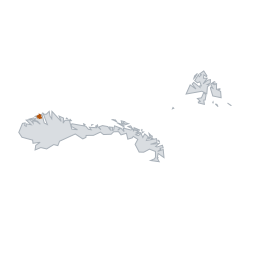 Lindås nor, Hordaland, Norway shown in context, rotated 71°
{"feature_id": "86288312B23917972553599", "entity_name": "Lindås nor", "entity_type": "district", "adm_level": 2, "iso_a3": "NOR", "parent_name": "Norway", "parent_adm1": "Hordaland", "projection": "albers", "projection_center": [5.308, 60.697], "detail": "fine", "context": "in_parent", "style": "filled", "palette": "amber", "viewbox_px": 256, "rotation_deg": 71, "n_neighbors": 0, "source": "geoboundaries", "source_scale": "gbopen_adm2", "svg_char_len": 5651}
<svg xmlns="http://www.w3.org/2000/svg" viewBox="0 0 256 256"><g transform="rotate(71 128 128)"><path d="M141.9,122.4L137.6,125.8L138.7,127.1L138.5,131.8L132.5,131.2L132.2,136.8L128.4,138.1L126.9,142.8L128.4,146.0L126.2,153.3L122.9,155.4L123.7,163.0L121.4,170.0L123.2,170.9L123.6,174.3L116.5,179.8L118.2,197.0L121.8,200.1L119.5,203.6L121.3,211.7L118.1,216.8L118.5,223.0L114.4,220.9L112.9,215.7L111.5,222.8L108.4,222.1L102.2,231.3L96.6,232.7L89.3,226.3L89.7,223.6L92.0,224.9L93.3,223.7L91.0,222.8L93.4,218.5L87.4,221.7L88.2,217.8L92.5,216.1L90.2,215.8L92.1,212.3L95.9,209.7L92.1,211.3L87.5,217.8L87.8,213.7L90.0,213.4L87.5,210.4L89.8,208.1L87.4,208.6L86.9,204.9L96.0,205.6L98.5,203.1L87.4,203.5L88.4,200.8L86.6,197.1L91.4,197.9L94.5,197.1L87.5,194.5L100.1,189.0L94.3,189.3L97.7,185.7L102.3,187.8L100.2,185.0L101.7,180.9L110.8,181.5L113.2,176.3L107.9,181.3L105.7,179.7L112.5,167.4L116.4,165.8L117.7,163.4L114.7,164.3L117.5,157.7L116.4,156.5L120.8,154.2L117.5,155.2L117.4,151.4L120.1,146.6L124.7,145.2L121.1,145.1L122.5,142.1L125.1,143.8L125.2,142.2L121.6,140.0L125.2,135.6L126.8,138.5L125.8,134.7L130.2,132.9L126.5,132.6L130.8,126.0L130.7,123.1L132.9,124.1L131.8,122.7L134.7,119.1L135.3,122.5L136.4,117.4L136.9,122.9L138.6,120.9L137.4,117.5L141.8,117.1L139.0,114.1L142.8,111.8L145.8,114.7L147.4,104.5L151.0,105.2L150.7,112.0L152.8,103.7L154.5,107.9L155.4,106.6L155.5,101.1L158.2,101.2L157.6,104.3L158.8,104.0L159.8,107.6L159.8,101.7L167.7,103.6L161.9,107.8L166.0,110.2L170.0,109.5L166.1,117.2L165.8,112.9L164.5,111.5L159.1,109.7L155.0,114.6L156.0,121.0L154.4,125.3L145.8,126.6L141.9,122.4ZM109.1,34.3L112.4,35.6L112.7,38.9L113.8,36.9L114.9,39.5L121.2,42.3L117.3,46.2L114.8,62.0L107.5,55.2L113.3,51.0L107.4,53.0L106.3,51.0L113.1,46.7L111.5,46.3L112.0,44.9L107.6,45.1L107.9,47.6L104.9,49.5L100.6,44.1L102.7,43.9L101.6,41.3L100.2,42.7L98.7,37.8L104.4,36.4L105.0,37.1L102.5,39.0L105.5,40.4L106.7,36.9L110.7,42.6L108.7,37.0L109.1,34.3ZM114.9,29.8L120.3,31.8L120.8,28.3L121.4,28.5L121.6,30.4L123.5,28.5L129.7,30.1L125.3,37.4L117.3,37.1L116.3,36.5L118.1,34.8L114.2,35.6L113.0,34.5L114.0,33.4L112.1,33.0L114.8,32.6L114.1,31.1L115.3,31.6L114.9,29.8ZM121.9,43.3L126.6,45.9L126.3,47.3L130.5,48.1L127.2,53.2L126.3,53.1L126.3,51.0L122.7,52.8L123.4,48.7L119.3,45.0L121.9,43.3ZM123.9,132.7L126.3,130.9L119.3,136.8L122.7,132.4L122.3,128.5L124.1,126.1L123.9,132.7ZM126.8,124.8L130.3,123.9L126.6,127.5L126.8,124.8ZM129.8,122.0L134.0,117.3L132.2,121.8L129.8,122.0ZM99.0,44.6L102.0,48.2L102.7,49.7L100.5,48.1L99.0,44.6ZM120.9,129.1L122.0,132.5L119.0,132.1L120.9,129.1ZM144.0,107.3L142.8,110.2L140.0,109.9L142.8,108.6L144.0,107.3ZM144.8,109.0L144.8,112.0L143.5,111.5L144.8,109.0ZM116.0,137.5L118.7,136.4L115.9,139.1L116.0,137.5ZM140.1,23.5L136.8,25.8L140.1,23.3L140.1,23.5ZM134.6,36.3L137.1,35.9L133.7,37.6L134.6,36.3ZM149.0,103.8L150.7,102.6L151.4,102.9L149.0,103.8ZM145.8,107.9L145.9,109.5L145.0,108.4L145.8,107.9ZM136.8,114.7L137.2,116.2L136.3,115.8L136.8,114.7ZM124.2,78.3L124.3,79.7L123.3,78.8L124.2,78.3ZM132.4,39.4L131.3,39.5L131.0,39.1L132.4,39.4ZM110.7,167.5L111.4,168.7L109.6,168.6L110.7,167.5ZM133.5,115.1L134.6,115.5L135.3,116.2L133.5,115.1ZM112.4,31.2L113.0,32.0L112.3,31.8L112.4,31.2ZM102.5,179.9L100.5,180.1L102.6,179.2L102.5,179.9ZM99.7,182.2L99.0,183.3L98.6,182.7L99.7,182.2ZM115.5,139.5L114.7,140.8L115.5,138.6L115.5,139.5ZM87.1,210.9L86.8,212.7L86.7,210.4L87.1,210.9ZM115.6,156.9L115.1,155.9L115.7,155.9L115.6,156.9ZM165.9,108.7L166.1,109.9L166.0,109.7L165.9,108.7ZM116.3,157.8L115.2,158.2L116.5,157.5L116.3,157.8ZM113.3,160.5L113.5,161.5L113.0,161.2L113.3,160.5ZM86.5,203.4L86.0,204.5L86.1,203.6L86.5,203.4Z" fill="#d9dde1" stroke="#a8b0b8" stroke-width="1"/><path d="M87.5,208.5L87.8,208.7L87.7,208.8L87.8,208.8L87.9,209.1L87.9,209.3L88.0,209.3L88.1,209.5L88.3,209.4L88.6,209.3L88.6,209.2L88.6,208.9L88.7,209.0L88.8,209.0L88.8,208.9L88.8,209.0L88.9,208.9L89.0,208.8L89.0,208.7L89.3,208.7L89.5,208.6L89.5,208.4L89.4,208.3L89.4,208.2L89.5,208.0L89.7,207.9L89.8,207.8L89.8,207.7L89.9,207.8L89.9,207.7L89.9,207.4L89.9,207.2L90.1,207.0L90.1,206.9L90.1,206.7L89.9,206.7L89.8,206.8L89.6,206.9L89.6,207.0L89.4,207.2L89.2,207.1L89.0,207.3L89.1,207.5L89.1,207.8L88.9,207.9L88.8,208.0L89.0,208.2L89.0,208.3L88.9,208.3L88.7,208.1L88.8,208.4L88.7,208.4L88.8,208.4L88.9,208.5L89.0,208.6L88.9,208.6L89.0,208.6L88.9,208.6L88.7,208.5L88.8,208.5L88.6,208.3L88.5,208.2L88.5,208.3L88.7,208.6L88.5,208.4L88.4,208.1L88.4,207.9L88.3,207.7L88.2,207.7L88.1,207.8L88.1,207.7L87.9,207.6L88.0,207.6L87.9,207.6L88.0,207.6L87.9,207.6L87.7,207.5L87.6,207.4L87.4,207.3L87.4,207.2L87.3,207.3L87.2,207.3L87.2,207.1L87.0,206.9L86.9,206.9L87.0,206.9L86.9,207.0L87.0,207.0L86.9,207.1L87.1,207.1L87.0,207.3L87.1,207.5L87.3,207.8L87.3,207.7L87.4,207.8L87.4,207.7L87.5,207.7L87.4,207.7L87.5,207.7L87.7,207.8L87.8,207.8L87.7,207.8L87.6,207.7L87.6,207.8L87.7,208.0L87.8,208.1L87.7,208.0L87.7,207.9L87.4,207.8L87.6,208.0L87.5,207.9L87.4,207.9L87.5,207.9L87.4,207.8L87.5,208.0L87.8,208.3L88.0,208.4L87.9,208.4L87.9,208.5L88.0,208.6L88.1,208.8L87.8,208.6L87.8,208.4L87.6,208.3L87.4,208.2L87.5,208.2L87.4,208.2L87.5,208.3L87.4,208.3L87.4,208.5L87.5,208.5L87.5,208.5ZM89.5,208.1L89.4,208.1L89.5,208.2L89.5,208.3L89.5,208.5L89.6,208.4L89.6,208.2L89.5,208.1ZM86.9,207.2L86.9,207.3L87.0,207.4L86.9,207.2ZM87.7,209.1L87.8,209.2L87.8,209.3L87.9,209.2L87.7,209.1L87.7,209.1ZM87.2,208.0L87.3,208.2L87.3,208.3L87.4,208.2L87.2,208.1L87.3,208.2L87.2,208.1L87.3,208.1L87.2,208.0ZM87.3,208.0L87.6,208.3L87.6,208.2L87.3,208.0ZM89.5,208.1L89.6,208.3L89.6,208.2L89.5,208.1ZM87.2,207.9L87.2,208.0L87.2,207.9L87.3,208.1L87.2,208.0L87.3,208.0L87.2,207.9Z" fill="#f59e0b" stroke="#b45309" stroke-width="1.5"/></g></svg>